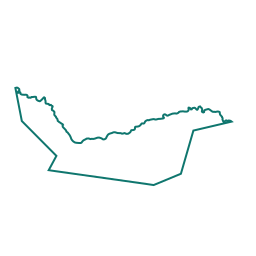 the district of Petatán, Huehuetenango, Guatemala, rotated 169°
{"feature_id": "79465075B18515174231727", "entity_name": "Petatán", "entity_type": "district", "adm_level": 2, "iso_a3": "GTM", "parent_name": "Guatemala", "parent_adm1": "Huehuetenango", "projection": "orthographic", "projection_center": [-91.731, 15.614], "detail": "fine", "context": "isolated", "style": "outline", "palette": "teal", "viewbox_px": 256, "rotation_deg": 169, "n_neighbors": 0, "source": "geoboundaries", "source_scale": "gbopen_adm2", "svg_char_len": 4711}
<svg xmlns="http://www.w3.org/2000/svg" viewBox="0 0 256 256"><g transform="rotate(169 128 128)"><path d="M120.5,69.5L113.7,67.1L84.8,73.0L64.3,113.0L25.1,114.5L25.8,115.3L26.8,115.9L27.6,115.9L28.1,116.2L28.9,116.0L29.6,116.2L30.1,116.7L30.5,116.7L31.0,116.5L31.6,116.2L32.3,115.7L32.6,115.6L32.9,115.8L33.3,116.4L33.4,117.3L33.6,117.9L33.6,118.5L33.4,119.0L33.3,119.4L33.4,120.2L33.7,120.7L33.6,121.1L34.0,121.8L34.3,122.3L34.6,122.8L35.0,123.5L35.1,124.5L35.0,125.3L35.0,125.6L35.0,126.1L35.6,126.6L36.5,127.0L37.1,127.1L38.5,127.1L39.4,127.1L40.3,127.5L40.8,127.5L42.0,127.9L42.6,128.6L43.2,129.2L43.9,130.0L44.5,130.6L45.3,131.2L45.9,131.3L47.1,131.2L48.3,131.1L49.0,131.0L49.6,130.6L50.1,130.0L50.1,129.7L50.3,129.1L50.6,129.0L51.2,128.9L51.5,129.1L52.2,129.8L52.3,129.9L52.3,130.3L52.0,131.0L51.7,131.4L51.6,132.0L51.8,132.8L51.8,133.4L52.2,133.9L52.6,134.4L53.1,135.4L53.7,135.4L54.3,135.3L54.8,135.0L55.1,134.4L55.5,133.7L56.2,132.9L56.7,132.7L57.1,133.0L57.5,133.6L58.0,134.4L58.4,134.9L58.9,135.2L59.8,135.2L60.7,135.2L61.2,134.9L61.9,134.2L62.6,134.2L62.8,134.5L62.8,135.2L63.5,135.9L64.1,136.3L64.6,136.4L64.9,136.0L64.9,135.4L64.9,134.6L65.2,133.9L65.7,133.4L66.3,133.0L67.1,132.9L67.9,133.0L68.9,133.2L69.8,133.5L70.9,133.9L71.8,134.0L72.8,134.1L73.4,134.2L74.4,134.1L74.9,134.0L75.4,133.5L76.1,133.2L76.7,133.0L77.6,132.9L78.3,133.1L79.0,133.4L80.3,133.5L81.5,133.6L82.3,133.5L83.9,133.2L85.1,133.0L85.6,132.8L86.3,132.6L87.0,132.6L87.6,132.9L88.0,133.4L88.7,134.1L89.3,134.4L90.0,134.4L90.6,134.1L91.1,133.6L91.3,132.9L91.3,132.1L91.0,131.8L90.9,131.6L90.8,131.3L91.0,131.0L91.1,130.8L91.7,130.7L92.6,130.7L93.9,130.8L94.6,130.8L96.0,131.1L96.8,131.1L98.1,131.0L99.0,131.0L99.8,131.2L100.9,131.8L101.8,131.9L103.2,131.9L104.6,131.9L105.3,131.8L106.1,131.6L106.9,132.0L107.5,132.0L108.2,131.9L108.8,131.7L109.5,131.4L110.1,130.9L110.6,130.2L111.0,129.7L111.3,129.5L111.9,129.4L112.3,129.5L112.8,129.7L113.6,129.8L114.1,129.5L115.2,128.5L116.2,127.9L117.2,127.6L118.4,127.6L119.6,127.7L120.3,127.8L120.8,127.6L121.1,127.0L121.2,126.3L121.5,125.7L121.8,125.3L122.3,125.1L123.4,125.0L124.3,125.1L125.1,125.2L125.3,125.0L125.9,124.3L126.6,123.4L127.7,122.9L128.7,122.4L129.7,122.4L130.4,122.5L131.3,122.9L131.9,123.4L132.5,123.7L133.1,123.6L134.0,123.5L135.0,123.6L135.6,124.0L136.3,124.4L136.8,124.5L137.5,124.6L138.0,124.8L138.7,124.9L139.3,125.1L140.6,125.8L141.6,126.3L142.5,126.5L143.4,126.5L144.5,126.2L145.5,126.1L146.7,126.0L147.7,125.8L148.7,125.4L149.3,124.9L150.5,123.6L151.3,122.4L152.0,121.8L152.9,121.5L153.9,121.4L154.5,121.6L155.1,121.9L155.4,122.4L156.3,123.1L157.2,123.6L158.1,124.1L159.1,124.3L159.8,124.3L160.9,124.2L161.8,124.0L163.0,123.9L164.1,123.9L165.0,124.1L165.7,124.3L167.0,124.3L167.7,124.7L168.5,125.2L169.2,125.3L170.2,125.5L170.9,125.4L171.5,125.1L172.2,124.9L173.4,124.6L174.4,124.2L175.4,123.5L176.3,122.6L177.2,122.3L178.5,122.5L180.3,123.0L181.7,123.4L183.0,124.0L183.7,124.7L184.3,125.3L184.6,125.7L185.3,126.9L185.7,127.9L185.9,129.1L186.2,130.7L186.8,132.5L187.5,133.8L187.9,134.7L188.2,135.2L188.8,135.8L189.2,136.3L189.2,136.8L189.2,137.2L189.4,137.7L189.8,138.3L190.2,139.0L190.9,140.1L191.4,140.8L191.8,141.6L191.8,142.6L191.7,143.1L191.4,143.4L191.2,143.5L191.4,144.1L191.8,144.5L192.2,144.8L192.7,145.2L193.3,146.0L194.2,146.7L194.9,147.6L195.6,148.4L195.6,149.3L195.6,150.2L196.1,151.1L196.6,152.2L196.6,152.9L196.9,153.3L197.3,153.9L197.7,154.6L197.8,155.3L197.6,156.0L197.4,156.9L197.2,157.5L197.2,157.8L197.5,158.3L198.0,159.2L198.7,159.7L199.1,160.0L199.2,160.6L199.1,161.5L198.9,161.9L198.2,162.9L197.9,163.4L197.9,163.8L198.0,164.0L198.3,164.2L198.7,164.4L199.0,164.8L199.2,165.3L199.3,165.4L199.6,165.4L200.0,165.4L200.5,165.4L200.9,165.7L201.0,166.2L201.4,166.7L201.8,166.9L202.5,167.1L203.2,167.4L203.9,167.7L204.1,168.3L204.1,168.9L203.9,169.5L203.8,170.4L203.9,171.3L204.0,172.2L203.8,172.9L203.8,173.3L204.1,173.7L204.5,174.1L204.9,174.0L205.8,173.3L207.2,172.3L209.0,171.2L209.5,171.1L210.9,171.8L211.9,172.7L212.3,173.3L212.5,174.1L212.4,174.9L212.4,175.6L212.5,176.1L213.3,176.4L213.9,176.5L215.8,176.6L216.6,176.8L217.0,176.8L217.4,176.4L217.9,176.3L218.5,176.4L219.1,176.8L219.4,176.8L219.8,176.7L220.4,177.1L220.8,177.5L220.7,178.0L220.6,178.5L220.5,178.8L220.7,179.4L221.2,179.8L221.7,180.1L222.9,180.3L224.4,180.6L225.3,180.9L225.7,181.0L226.2,181.3L226.7,181.7L227.0,182.1L227.0,182.5L227.0,182.8L226.9,183.4L227.1,183.7L227.5,183.7L228.3,183.5L228.7,183.5L229.2,183.5L229.5,183.9L229.3,184.4L228.7,184.9L227.9,185.3L227.4,185.7L227.4,186.3L227.4,187.0L227.6,187.3L228.1,187.9L228.6,188.5L229.2,188.8L229.8,188.9L230.9,188.8L230.9,155.1L203.6,114.3L213.9,101.7L120.5,69.5Z" fill="none" stroke="#0f766e" stroke-width="2"/></g></svg>